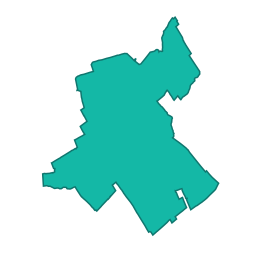 Avrameni, Botosani, Romania, rotated 87°
{"feature_id": "2599482B7109590072975", "entity_name": "Avrameni", "entity_type": "district", "adm_level": 2, "iso_a3": "ROU", "parent_name": "Romania", "parent_adm1": "Botosani", "projection": "natural_earth1", "projection_center": [26.952, 48.014], "detail": "fine", "context": "isolated", "style": "filled", "palette": "teal", "viewbox_px": 256, "rotation_deg": 87, "n_neighbors": 0, "source": "geoboundaries", "source_scale": "gbopen_adm2", "svg_char_len": 5613}
<svg xmlns="http://www.w3.org/2000/svg" viewBox="0 0 256 256"><g transform="rotate(87 128 128)"><path d="M181.6,215.5L181.5,214.1L181.3,212.1L181.8,211.0L182.1,210.2L182.1,209.8L182.0,209.2L182.0,208.9L182.1,208.7L182.8,207.6L183.8,205.7L184.3,205.0L184.4,204.7L184.5,204.5L184.5,204.1L184.4,203.2L184.2,202.2L184.3,201.7L184.3,201.1L184.5,200.4L185.0,199.6L185.1,199.2L185.1,198.2L185.1,197.7L184.6,196.9L184.2,196.5L184.1,196.2L183.9,195.9L183.8,195.6L183.8,195.4L184.0,193.2L184.3,192.5L185.3,192.2L185.5,191.8L185.6,191.5L185.7,190.3L185.9,189.1L185.8,188.7L185.7,188.2L185.5,187.8L185.2,187.0L184.8,186.4L184.5,185.6L184.1,184.4L184.0,183.9L186.9,182.4L192.8,179.0L194.3,178.0L194.3,177.8L194.5,177.7L196.4,175.9L197.4,174.8L198.7,173.5L199.5,172.7L200.3,172.0L202.8,169.7L203.0,169.6L205.6,167.7L205.9,167.4L206.4,166.6L207.3,166.3L208.4,165.5L208.5,165.4L208.6,165.2L208.3,164.7L208.2,164.3L209.3,163.5L205.3,159.3L204.9,158.9L204.3,158.4L197.9,151.7L198.1,151.5L196.0,149.5L195.6,149.6L195.1,149.1L195.3,149.0L195.3,148.9L194.9,148.5L189.9,143.6L184.2,146.6L181.5,142.9L182.3,142.4L183.7,141.6L184.4,140.9L188.5,138.4L190.0,137.2L191.0,136.8L191.6,136.3L192.4,136.0L193.2,135.5L196.8,133.2L202.0,129.5L206.1,127.0L210.4,124.9L211.6,124.3L213.1,123.6L213.9,123.0L219.7,119.9L226.4,116.2L230.3,114.3L233.1,112.8L232.7,112.1L232.6,111.8L232.7,111.5L233.2,110.5L236.2,108.8L233.6,105.5L232.8,104.6L232.7,104.3L232.4,103.9L231.3,102.6L231.0,102.1L227.0,97.1L224.5,94.1L222.2,91.8L221.6,90.8L225.1,89.1L223.7,87.2L222.5,85.7L221.5,84.3L219.0,85.5L216.6,82.1L215.4,80.4L213.6,77.8L211.8,75.5L210.6,73.7L204.1,76.0L200.2,77.2L200.4,77.9L200.7,78.3L201.0,79.0L201.3,79.4L201.5,80.2L201.8,80.7L197.5,82.3L195.8,82.8L194.9,83.2L194.7,83.6L194.5,83.8L193.1,84.0L193.2,83.7L192.6,81.5L192.0,79.8L191.4,77.4L192.5,77.1L193.0,77.2L194.4,76.7L196.7,75.8L200.1,74.2L200.9,74.2L201.1,74.1L201.3,73.9L201.6,73.4L201.4,72.7L201.5,72.7L201.9,73.1L202.2,73.3L202.4,73.3L205.7,72.2L207.2,71.6L212.9,69.6L209.7,64.6L209.4,64.0L209.0,63.0L206.8,59.6L206.0,58.2L204.9,56.7L204.5,56.1L203.5,54.7L203.2,54.3L202.0,52.8L199.3,49.9L195.6,45.6L194.1,44.0L193.9,43.8L190.8,42.1L188.7,40.9L187.9,40.4L181.7,46.5L178.2,49.4L174.9,51.8L175.9,52.9L169.7,57.6L155.4,67.9L153.0,69.2L153.0,69.4L151.1,71.0L146.9,75.7L140.1,84.0L139.2,83.0L138.5,82.7L137.2,82.7L136.4,82.9L136.0,82.4L134.7,83.0L134.1,83.2L133.3,83.1L131.5,83.8L129.4,84.2L127.3,84.9L126.2,84.7L125.7,84.7L124.5,84.1L124.1,84.2L123.9,84.0L123.0,84.0L122.7,83.8L121.7,83.8L121.5,83.6L120.5,83.2L119.3,83.6L118.3,85.0L117.5,86.4L117.2,87.1L116.6,87.6L115.4,88.2L114.8,88.1L113.8,89.0L113.0,89.9L111.7,90.6L110.1,91.8L109.3,92.4L108.5,93.1L107.5,94.4L106.6,94.8L106.1,95.4L104.8,96.4L103.5,97.1L102.6,97.7L102.2,96.9L98.6,92.0L96.9,90.0L95.8,89.5L94.7,88.8L93.7,88.0L92.5,87.4L92.3,86.9L92.4,86.7L93.6,86.0L93.8,85.7L94.1,85.5L95.0,84.9L95.8,84.6L96.8,84.1L98.4,83.0L102.0,81.1L102.7,80.5L98.5,76.6L100.2,75.5L102.5,73.9L102.5,73.7L100.6,72.3L99.9,71.6L99.2,70.3L98.9,69.9L97.6,67.9L96.9,66.9L95.6,66.0L93.3,65.1L92.8,64.7L91.0,64.0L90.3,63.9L89.1,63.6L88.8,63.4L88.5,63.3L87.7,62.6L87.1,61.9L86.7,61.2L85.8,60.5L84.9,59.5L84.6,59.0L84.4,58.9L83.5,58.7L83.2,58.9L82.8,59.1L82.6,59.1L82.2,58.9L81.7,58.5L81.3,57.8L81.2,56.5L80.4,55.4L80.2,55.4L79.8,55.1L79.3,54.8L78.2,53.7L77.6,53.5L76.8,53.6L75.6,53.4L74.4,54.0L58.9,63.1L56.9,61.0L47.7,66.2L47.1,66.4L46.7,66.7L45.0,67.5L44.8,67.6L44.5,67.9L43.9,67.9L42.9,68.5L41.0,68.8L40.1,69.1L39.2,69.6L34.9,71.9L29.8,74.6L29.4,74.9L28.1,73.2L27.0,72.0L24.0,73.7L23.5,73.1L19.8,75.2L21.3,76.8L20.4,77.7L20.4,77.9L20.6,78.0L22.2,79.4L23.4,80.2L24.9,81.5L28.3,83.1L29.3,83.5L29.3,83.9L29.4,84.0L29.9,84.4L31.8,85.7L33.1,87.2L33.3,87.4L33.5,87.5L33.9,87.4L34.3,87.3L36.1,87.7L36.8,88.0L37.0,88.0L37.1,88.3L39.7,89.5L40.8,89.5L44.4,89.0L46.3,89.2L49.4,89.2L51.5,89.6L52.1,89.6L52.7,89.4L53.1,89.5L53.3,89.8L53.3,90.3L53.2,90.8L53.0,91.3L52.9,92.1L53.0,92.8L53.5,93.1L52.5,93.4L51.9,93.5L51.3,94.3L51.2,95.0L51.2,95.4L51.3,95.8L52.3,97.0L52.5,97.4L52.7,97.7L52.9,98.6L53.1,99.9L53.3,100.7L53.4,101.8L59.4,107.0L64.6,111.7L64.8,112.1L64.9,112.8L65.2,113.6L64.5,114.3L61.6,117.5L60.4,116.9L60.1,116.9L59.8,116.7L59.5,116.7L59.5,116.8L59.8,117.0L59.5,117.2L60.9,118.4L58.6,120.4L53.6,125.2L53.7,125.5L53.6,126.0L53.4,127.1L53.4,127.8L53.5,128.0L53.9,130.2L54.8,133.5L54.8,135.0L55.2,136.2L56.7,142.2L57.4,145.9L58.3,149.4L58.6,150.7L58.9,153.8L59.1,154.4L59.7,156.3L60.3,159.4L60.6,159.9L61.0,160.3L61.7,160.7L62.9,161.4L63.2,161.3L66.7,160.3L69.7,159.6L70.5,163.4L72.0,169.1L72.5,172.3L73.0,173.6L73.5,174.6L73.5,175.1L73.6,175.3L73.8,175.7L74.2,176.2L74.5,176.8L74.7,177.0L75.1,177.3L76.0,177.7L76.4,177.8L87.4,176.2L87.6,177.0L87.8,177.0L87.7,176.6L87.9,175.8L89.0,173.2L94.6,172.9L95.4,172.8L95.8,172.6L99.2,172.2L100.7,171.8L104.5,170.9L105.5,170.7L106.0,171.6L106.3,171.9L107.6,174.2L108.1,173.9L113.4,171.5L113.3,171.3L119.2,168.6L123.9,175.6L124.9,175.2L127.4,174.1L129.6,173.0L132.1,171.6L132.5,172.5L133.2,173.6L135.2,177.9L136.2,179.7L137.2,182.0L144.7,179.6L145.2,180.5L145.4,180.6L146.1,180.9L146.1,181.0L145.9,181.6L145.8,181.8L145.9,182.0L146.2,182.4L147.5,184.9L147.5,185.3L147.6,185.6L148.4,186.6L148.9,187.6L153.1,195.3L154.0,197.0L154.4,197.4L155.0,198.8L155.7,200.1L157.1,202.8L158.8,205.8L158.9,206.2L164.5,204.4L164.7,204.1L164.6,203.5L164.6,203.2L164.9,203.1L166.8,203.6L167.8,203.5L168.0,203.5L168.8,205.0L168.9,205.4L168.6,205.5L168.7,205.9L168.9,207.4L169.2,208.8L169.2,211.6L169.4,212.2L169.3,212.7L169.1,213.1L169.0,214.2L169.3,214.8L169.4,215.6L181.6,215.5Z" fill="#14b8a6" stroke="#0f766e" stroke-width="1.5"/></g></svg>